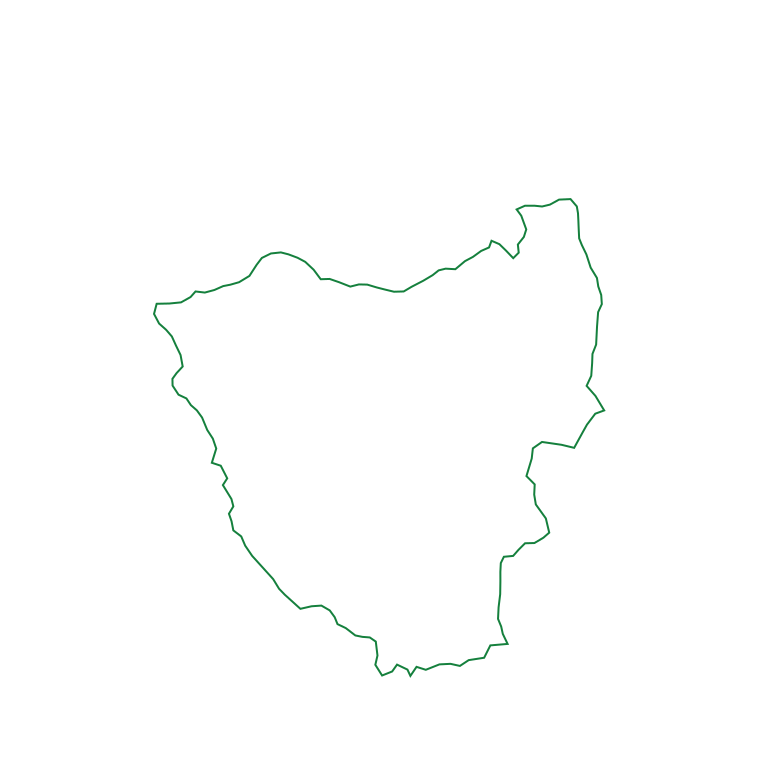 outline of Extrema, Minas Gerais, Brazil, rotated 300°
{"feature_id": "56859067B84914412130359", "entity_name": "Extrema", "entity_type": "district", "adm_level": 2, "iso_a3": "BRA", "parent_name": "Brazil", "parent_adm1": "Minas Gerais", "projection": "orthographic", "projection_center": [-46.281, -22.812], "detail": "fine", "context": "isolated", "style": "outline", "palette": "green", "viewbox_px": 768, "rotation_deg": 300, "n_neighbors": 0, "source": "geoboundaries", "source_scale": "gbopen_adm2", "svg_char_len": 2158}
<svg xmlns="http://www.w3.org/2000/svg" viewBox="0 0 768 768"><g transform="rotate(300 384 384)"><path d="M493.1,366.4L482.0,359.3L474.0,354.8L468.9,346.5L466.3,337.7L464.0,329.5L461.7,319.8L457.7,312.5L451.5,306.1L449.7,294.2L447.8,284.4L443.1,276.8L447.8,265.9L450.4,254.7L450.1,246.0L448.5,236.4L446.4,228.9L440.5,220.8L432.1,215.2L423.6,214.1L410.3,213.4L399.7,207.6L393.1,201.2L388.4,195.8L380.6,190.1L373.6,183.1L369.9,174.5L362.6,173.0L353.2,167.4L346.4,157.9L339.8,147.0L329.7,149.8L323.9,159.0L322.0,168.2L319.1,176.5L313.3,184.6L307.4,193.3L298.5,200.9L289.6,198.9L282.7,198.2L276.9,201.7L272.0,211.4L272.7,220.1L269.1,227.4L267.6,235.1L264.0,243.2L255.8,253.9L251.1,263.1L244.2,271.0L229.7,274.3L231.6,283.5L223.9,295.4L215.9,295.0L208.1,309.4L202.7,314.7L194.1,314.6L188.9,320.6L181.9,326.7L180.6,336.6L174.6,344.6L169.2,355.8L159.6,385.6L154.2,395.5L151.9,403.5L147.5,424.0L155.3,432.4L160.8,440.6L160.8,450.2L157.4,457.9L152.8,463.8L153.5,472.9L151.9,484.9L154.2,491.7L157.4,498.4L156.8,505.7L145.6,514.1L136.5,516.9L130.6,528.1L139.1,534.8L147.5,535.6L148.4,547.1L144.4,552.8L155.3,553.6L157.4,563.1L168.9,572.2L174.9,581.5L177.8,590.7L187.2,595.4L197.0,607.6L210.8,606.8L220.7,621.0L227.0,611.8L232.5,606.8L237.6,600.2L247.9,594.9L260.1,589.7L271.4,583.4L279.5,578.7L287.3,574.7L294.3,574.2L299.7,581.8L307.7,583.4L316.6,585.8L321.5,593.8L330.6,598.9L337.9,601.4L348.5,591.4L355.6,575.7L363.3,569.4L372.4,564.7L375.5,553.4L393.3,549.2L402.7,545.1L412.8,549.8L420.1,568.1L423.8,580.6L442.3,580.2L450.3,580.1L463.9,581.8L471.2,587.9L479.4,573.1L483.7,560.4L494.7,559.4L506.2,553.8L514.3,549.5L524.2,548.0L540.0,539.9L553.3,533.5L562.1,532.7L569.7,527.6L575.6,520.8L582.3,515.4L588.1,504.8L597.4,494.5L603.3,485.8L607.7,480.2L615.3,475.3L623.2,470.3L628.9,466.6L634.2,462.2L637.4,453.1L631.2,443.4L622.3,438.0L616.8,432.2L613.6,425.1L608.8,416.9L601.5,411.6L598.4,418.7L593.7,424.3L589.0,429.9L581.3,431.6L571.7,430.2L565.1,435.0L557.6,433.0L560.6,422.7L562.8,414.0L561.8,405.5L554.8,406.7L547.8,401.6L538.6,397.5L530.9,392.7L519.1,388.4L514.7,379.7L509.7,374.5L502.6,371.7L493.1,366.4Z" fill="none" stroke="#15803d" stroke-width="2"/></g></svg>